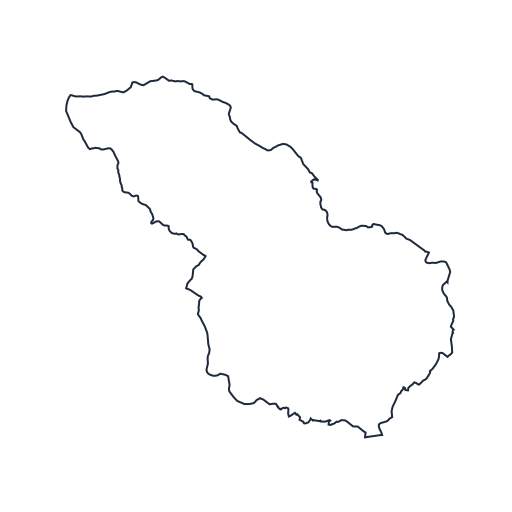 Finis, Bihor, Romania, rotated 97°
{"feature_id": "2599482B59460374460449", "entity_name": "Finis", "entity_type": "district", "adm_level": 2, "iso_a3": "ROU", "parent_name": "Romania", "parent_adm1": "Bihor", "projection": "mercator", "projection_center": [22.253, 46.612], "detail": "fine", "context": "isolated", "style": "outline", "palette": "slate", "viewbox_px": 512, "rotation_deg": 97, "n_neighbors": 0, "source": "geoboundaries", "source_scale": "gbopen_adm2", "svg_char_len": 6056}
<svg xmlns="http://www.w3.org/2000/svg" viewBox="0 0 512 512"><g transform="rotate(97 256 256)"><path d="M119.0,459.8L122.0,461.2L125.1,462.0L129.4,462.5L135.1,462.2L145.7,456.2L150.4,452.9L154.5,445.9L156.2,444.3L161.3,441.6L162.9,440.1L168.8,435.9L170.2,433.9L169.1,431.6L168.9,430.3L168.2,428.6L168.2,424.4L168.9,423.5L169.1,422.5L168.8,420.3L167.0,415.4L167.0,414.7L167.0,413.6L168.1,412.0L170.4,409.8L172.1,409.0L179.1,404.2L180.8,403.9L183.0,404.6L186.0,404.2L187.7,403.1L189.8,402.9L192.5,401.5L193.8,401.3L195.6,400.5L198.4,400.0L200.3,399.2L202.0,398.1L203.8,397.7L204.9,397.0L206.9,396.8L207.5,396.4L208.2,395.6L208.7,394.6L208.8,390.3L209.9,388.4L211.2,386.9L211.7,385.4L211.7,384.4L210.8,383.0L210.5,381.3L210.7,380.7L211.1,380.3L215.7,379.4L216.4,378.7L217.8,376.3L218.5,374.0L218.8,371.7L222.1,367.2L222.9,366.7L224.5,366.2L227.2,364.1L231.1,362.4L232.9,362.6L234.4,363.8L235.3,364.0L236.0,364.1L236.5,363.6L236.5,363.0L235.5,361.4L234.2,359.8L233.7,358.6L233.4,356.4L236.6,351.8L236.9,349.8L236.6,347.6L237.0,346.3L238.5,346.2L240.1,345.7L241.7,344.7L243.5,342.4L243.9,339.2L243.3,337.6L243.8,336.9L244.1,335.7L243.2,332.5L243.1,330.5L244.4,329.0L245.1,327.5L248.0,325.6L248.2,325.1L247.9,324.1L248.0,323.4L248.5,322.5L251.3,320.5L254.5,319.6L255.4,318.9L256.2,316.3L256.9,315.0L257.7,314.4L258.8,312.7L261.3,308.4L262.0,306.2L262.3,306.0L265.9,307.7L267.7,309.4L269.9,310.9L271.7,311.6L273.7,314.2L276.9,316.6L284.0,316.5L286.4,317.0L288.2,318.5L291.7,320.7L296.7,321.4L297.4,318.1L298.3,316.0L302.2,308.5L303.0,305.9L303.7,305.0L304.3,304.7L305.0,305.6L307.4,306.9L309.8,306.7L314.2,306.7L317.1,306.1L320.4,306.6L321.9,305.8L324.2,303.5L326.3,302.3L332.2,298.2L338.0,295.2L340.2,294.5L349.3,292.6L354.5,290.6L358.0,290.7L361.3,291.6L364.0,291.5L368.5,290.6L374.9,291.3L377.1,290.5L378.3,289.4L378.8,288.6L379.6,286.7L380.1,283.5L379.8,281.8L379.1,279.5L377.4,277.5L377.2,276.9L377.6,272.1L378.7,269.0L387.3,266.5L390.9,266.7L392.4,266.5L394.0,265.6L398.6,261.2L402.1,257.0L402.9,254.5L403.5,252.1L404.2,250.3L404.3,249.2L403.9,245.6L403.4,243.4L402.4,240.7L401.6,239.6L399.0,237.9L396.6,234.6L397.0,234.1L397.0,233.6L397.6,231.2L401.5,224.5L400.3,219.9L400.4,218.0L403.2,216.0L403.0,215.7L404.5,214.7L405.1,213.4L404.8,213.1L405.2,212.6L403.4,210.7L403.3,209.5L403.6,208.9L402.7,207.8L403.3,205.5L404.6,205.1L408.5,204.9L411.3,203.8L410.5,202.4L406.9,198.3L408.6,196.6L408.0,195.9L410.7,192.6L413.3,192.8L414.8,188.7L415.7,188.4L416.2,187.9L416.2,186.7L414.8,183.8L411.8,182.1L410.6,181.9L412.4,179.3L411.8,178.7L412.0,177.3L412.1,173.1L411.6,172.0L412.4,171.7L412.0,167.2L409.9,163.0L410.3,162.3L411.7,163.5L414.5,163.4L414.6,161.2L414.0,160.6L413.1,158.6L412.2,157.3L410.6,155.8L410.6,154.0L408.5,151.3L408.3,147.6L409.2,145.6L413.3,138.9L412.9,134.2L416.7,128.2L417.9,125.7L422.7,125.7L419.0,112.3L418.3,109.0L415.4,110.4L412.2,112.5L410.3,113.3L408.8,113.5L407.4,112.9L406.5,111.6L404.6,107.0L403.4,105.1L401.3,103.8L399.3,101.2L393.5,102.5L388.9,102.0L383.7,100.2L377.3,98.4L376.2,98.0L375.3,96.7L374.4,96.0L372.1,95.2L370.6,94.0L368.3,93.6L368.7,92.3L369.1,91.8L370.5,91.7L370.9,90.3L370.8,88.7L368.4,88.7L366.4,87.2L364.4,85.1L362.1,83.3L362.4,82.8L362.4,81.7L363.6,79.7L363.8,78.5L361.2,76.3L359.3,75.0L357.9,72.8L357.3,72.2L356.3,71.5L351.7,69.4L350.1,68.9L349.1,69.4L346.6,67.1L341.0,64.0L336.1,62.3L333.4,62.1L330.2,62.3L329.7,61.6L329.5,59.8L329.7,58.7L332.8,53.6L331.4,52.6L330.6,51.5L328.0,49.5L322.6,50.4L314.8,52.4L309.2,51.6L308.4,51.0L307.7,51.6L305.4,51.5L305.0,50.9L302.4,54.0L299.6,53.4L296.3,52.3L294.6,52.7L292.2,52.0L286.1,53.5L282.5,56.2L280.5,58.5L277.2,60.7L274.1,61.4L272.3,62.9L271.0,64.5L269.7,65.5L267.5,66.8L265.7,67.3L263.5,67.3L262.1,66.9L258.0,63.5L258.8,62.7L256.7,62.8L248.2,61.3L245.6,62.3L239.3,66.4L238.9,66.9L238.6,68.5L238.8,71.5L239.0,72.3L240.5,75.4L241.0,77.0L241.2,80.4L242.0,83.0L241.9,85.3L241.6,86.2L240.8,87.0L239.2,87.4L231.5,84.8L230.9,87.5L231.0,88.6L230.2,89.3L221.4,105.0L220.3,109.3L219.3,110.2L217.1,113.4L216.7,115.6L216.3,116.6L215.8,119.1L216.4,120.8L216.9,124.9L218.1,127.9L217.6,130.1L216.0,131.2L214.2,131.9L211.8,134.1L210.9,135.2L210.3,137.2L210.2,140.2L209.9,143.0L210.1,143.6L211.4,144.5L212.4,144.3L213.1,144.7L213.9,148.0L213.5,149.3L212.9,150.1L212.8,150.7L213.1,155.1L214.5,157.6L215.4,158.6L216.3,160.2L216.5,161.0L217.8,163.1L218.4,164.9L218.7,167.8L219.1,168.2L219.4,169.8L219.2,172.2L219.4,173.5L217.6,176.9L217.1,179.4L217.8,183.8L217.0,185.7L215.7,187.4L212.9,189.3L209.5,190.1L206.2,190.0L204.1,190.8L202.9,191.8L202.0,193.1L201.7,194.4L201.8,195.3L201.2,196.3L199.7,197.4L199.0,197.5L196.9,198.4L194.0,198.7L192.9,198.1L192.1,198.1L190.0,198.9L185.9,203.1L184.3,203.7L182.7,203.5L182.1,204.8L182.1,207.1L181.1,208.0L178.8,208.6L176.6,208.8L176.1,210.1L175.5,210.3L174.9,210.0L174.8,209.5L173.5,208.6L172.8,207.5L173.2,206.7L172.8,205.9L173.5,204.1L172.9,204.0L170.0,207.7L167.5,210.1L167.0,210.7L166.5,212.7L163.6,214.8L159.0,220.3L153.3,223.3L152.8,223.9L151.8,226.1L145.3,232.7L143.4,235.2L141.6,239.3L141.4,242.7L143.5,247.5L145.1,249.6L146.5,251.9L148.9,254.1L149.6,255.9L149.7,257.9L148.6,260.0L148.1,262.1L146.4,265.7L144.6,270.4L141.8,275.4L135.5,285.5L135.5,286.6L135.1,287.2L131.5,289.8L129.2,291.0L127.2,294.9L125.5,297.1L123.5,298.3L121.1,298.9L119.1,300.1L118.1,300.3L111.9,299.1L110.4,299.7L109.3,300.9L107.8,304.6L107.1,308.0L105.7,311.6L105.3,313.2L105.3,314.6L106.1,318.1L105.1,321.0L103.2,322.0L102.8,327.4L101.9,328.4L100.7,331.3L100.3,333.4L100.0,336.3L99.5,337.8L97.7,339.4L93.3,340.2L93.1,340.8L93.4,342.8L91.6,347.1L91.2,348.9L91.9,352.4L91.9,355.2L92.5,357.1L92.1,361.7L92.7,363.6L90.2,368.2L89.3,370.4L90.1,371.7L93.1,374.5L94.0,376.5L95.4,382.2L100.3,388.6L99.8,392.0L98.4,395.7L98.2,396.9L98.3,398.4L98.8,399.8L103.6,400.8L107.2,404.1L109.5,407.1L109.7,408.1L109.4,411.0L109.1,412.7L109.1,414.2L110.0,416.5L110.4,419.3L111.4,421.9L113.6,425.8L114.3,427.7L116.3,433.8L116.7,436.4L117.8,439.0L118.3,444.1L118.8,446.2L118.9,449.8L119.6,453.8L119.5,455.5L118.9,458.7L119.0,459.8Z" fill="none" stroke="#1e293b" stroke-width="2"/></g></svg>